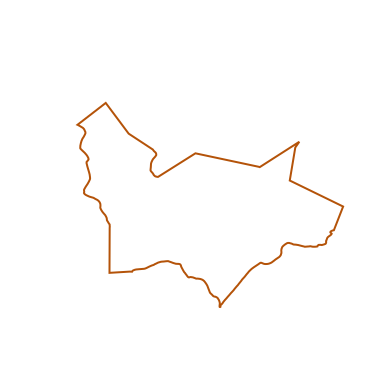 the district of Orocuina, Choluteca, Honduras, rotated 141°
{"feature_id": "27666195B30737546448878", "entity_name": "Orocuina", "entity_type": "district", "adm_level": 2, "iso_a3": "HND", "parent_name": "Honduras", "parent_adm1": "Choluteca", "projection": "orthographic", "projection_center": [-87.128, 13.486], "detail": "fine", "context": "isolated", "style": "outline", "palette": "amber", "viewbox_px": 384, "rotation_deg": 141, "n_neighbors": 0, "source": "geoboundaries", "source_scale": "gbopen_adm2", "svg_char_len": 5814}
<svg xmlns="http://www.w3.org/2000/svg" viewBox="0 0 384 384"><g transform="rotate(141 192 192)"><path d="M238.7,316.3L238.4,315.7L238.2,315.2L237.6,313.7L236.8,311.5L236.5,310.6L236.4,310.2L236.4,309.7L236.3,309.3L236.4,308.8L236.4,308.4L236.7,307.3L236.9,306.6L237.0,306.0L237.3,305.5L237.6,305.0L237.9,304.7L238.4,304.4L239.4,303.9L241.3,303.1L242.1,302.8L243.2,302.5L243.9,302.2L244.6,301.8L245.6,301.3L246.6,300.6L247.5,300.0L249.7,298.2L250.4,297.4L251.2,296.5L251.3,296.3L251.4,296.0L251.4,295.5L251.2,293.5L250.7,289.8L250.7,288.6L250.6,287.5L250.7,286.9L250.7,286.2L250.8,285.4L251.0,284.5L251.1,283.9L251.3,283.5L251.4,283.2L251.6,282.9L251.8,282.6L252.0,282.5L252.1,282.3L252.5,282.2L253.2,282.0L254.3,281.8L254.8,281.7L255.1,281.6L255.2,281.4L255.6,281.0L255.9,280.6L256.1,280.1L257.2,277.8L258.0,275.9L259.5,272.3L260.4,270.3L260.6,269.9L262.0,267.6L262.6,266.8L262.8,266.5L263.2,266.2L263.9,265.8L265.1,265.2L266.0,264.8L268.3,263.9L270.3,263.3L271.8,262.8L273.3,262.2L274.3,261.8L274.5,261.6L274.8,261.3L275.1,260.9L275.5,260.2L275.7,259.9L275.9,259.7L276.2,259.5L276.4,259.4L276.6,259.2L276.7,258.7L276.7,258.2L276.7,257.8L276.5,257.1L276.2,256.1L275.3,254.3L274.6,252.9L274.1,252.2L273.5,251.3L273.0,250.6L272.3,249.6L272.1,249.2L271.5,247.5L271.0,246.4L270.5,245.3L270.4,244.8L270.3,244.3L270.2,243.8L270.2,243.4L270.2,242.6L270.3,241.8L270.6,240.9L270.7,240.5L271.1,239.9L271.6,239.2L272.0,238.7L272.7,238.0L273.0,237.7L273.3,237.2L273.4,236.9L273.5,236.6L273.6,236.1L273.9,234.8L274.1,232.8L274.1,231.3L274.0,228.7L274.0,228.3L274.1,228.0L274.3,226.9L274.5,226.1L274.6,225.7L274.8,225.3L275.0,224.9L275.5,224.2L275.8,223.7L275.9,223.4L276.0,222.8L276.1,221.8L276.4,219.9L276.4,218.9L276.5,218.5L277.4,217.3L277.8,216.7L278.5,216.0L307.0,181.1L290.6,169.4L288.7,167.8L288.4,168.0L287.9,168.1L287.6,168.1L287.2,168.1L286.7,168.0L286.2,167.8L285.3,167.5L284.7,167.2L284.1,166.9L282.9,166.1L277.6,162.5L277.0,162.2L276.6,162.0L275.3,161.6L272.1,160.9L269.9,160.3L269.0,160.0L268.3,159.7L267.8,159.5L267.2,159.4L266.2,159.3L265.6,159.1L264.3,158.8L262.9,158.5L262.1,158.2L261.2,157.8L260.4,157.5L259.5,157.0L258.9,156.6L257.8,155.8L255.4,154.3L254.6,153.7L254.2,153.4L253.9,153.1L253.6,152.5L252.4,150.6L251.3,148.7L250.4,147.4L250.0,146.8L249.8,146.5L249.6,146.3L247.5,144.4L247.1,143.9L246.9,143.6L246.8,143.3L246.7,142.9L246.8,142.4L246.8,142.0L247.2,141.2L247.5,140.3L248.2,136.6L248.4,135.3L248.5,134.7L248.4,133.5L248.5,132.6L248.5,131.3L248.6,129.7L248.6,128.8L248.5,128.2L248.4,127.9L248.1,127.6L247.9,127.4L247.3,127.2L246.9,127.0L246.3,126.5L245.8,125.9L245.3,125.4L245.0,125.0L243.8,123.0L243.5,122.4L243.2,122.0L243.0,121.8L242.4,121.4L242.0,121.0L241.0,120.0L240.4,119.3L240.0,118.8L239.8,118.4L239.3,117.6L239.1,117.1L238.9,116.6L238.8,116.1L238.7,115.6L238.6,115.1L238.6,113.8L238.7,112.2L238.8,111.2L239.0,109.9L239.1,109.4L239.3,108.8L240.3,105.8L241.0,103.6L241.2,103.1L241.3,102.5L241.4,101.8L241.3,101.2L241.1,99.8L241.0,98.2L241.0,97.8L240.8,97.4L240.6,96.9L240.3,96.5L239.8,96.0L239.6,95.7L239.3,95.1L239.1,94.6L238.9,93.9L238.8,93.3L238.9,92.8L239.0,91.8L239.1,91.1L239.3,90.4L239.6,89.6L239.9,88.9L240.4,88.1L240.9,87.4L241.1,87.3L242.0,86.4L242.6,85.7L242.8,85.4L242.8,85.2L242.7,85.1L242.5,84.9L242.3,84.9L242.1,84.9L242.0,85.1L241.8,85.4L241.6,85.7L241.3,85.9L240.9,86.0L240.6,86.1L240.0,86.1L239.2,86.2L238.1,86.4L236.6,86.9L234.6,87.3L234.2,87.4L233.3,87.5L232.0,87.7L230.0,88.1L228.1,88.4L225.5,88.9L225.0,89.0L224.0,89.1L221.4,89.5L220.3,89.8L219.4,90.0L216.8,90.5L214.8,90.8L213.3,91.2L211.8,91.5L209.5,92.0L208.9,92.2L208.2,92.4L207.6,92.5L204.3,93.0L201.3,93.7L199.5,94.0L197.8,94.4L194.5,94.7L193.6,94.7L191.3,94.6L188.1,94.3L186.0,94.1L184.2,94.0L183.5,93.9L183.2,93.8L183.1,93.7L182.9,93.6L182.5,93.1L182.2,92.5L181.7,91.6L181.3,90.9L180.6,90.1L179.9,89.5L179.1,88.9L178.6,88.6L178.1,88.3L177.3,87.9L176.1,87.5L174.9,87.2L174.2,87.1L173.8,87.1L171.5,87.0L169.6,87.0L164.9,86.6L164.5,86.7L163.9,86.8L163.4,86.9L163.0,87.0L162.6,87.2L161.9,87.7L161.2,88.1L160.6,88.7L160.2,89.2L159.6,90.1L159.1,90.7L158.7,91.0L158.3,91.4L157.8,91.7L157.1,92.1L156.6,92.4L156.2,92.5L155.8,92.6L154.6,92.7L153.9,92.7L152.9,92.7L151.8,92.6L150.9,92.5L150.3,92.4L149.9,92.2L149.6,92.1L149.3,91.9L149.0,91.6L148.7,91.4L148.4,91.1L148.1,90.6L147.2,89.4L146.8,88.7L146.4,87.8L146.2,87.4L145.7,86.9L145.0,86.2L144.6,85.9L142.8,83.9L140.6,80.9L139.2,79.1L138.9,78.6L138.7,78.4L136.5,76.9L135.5,76.2L134.7,75.7L134.4,75.6L133.9,75.1L133.2,74.2L132.5,73.4L131.9,72.9L131.2,72.3L129.9,71.4L128.8,70.8L128.5,71.0L128.2,71.1L127.6,71.2L127.2,71.2L126.9,71.2L126.2,70.7L125.8,70.4L125.3,70.0L124.7,69.3L124.5,69.1L124.3,69.0L123.6,68.7L122.2,68.1L121.2,67.8L120.9,67.7L120.7,67.8L120.3,67.9L120.0,68.0L119.8,68.1L119.6,68.3L119.4,68.5L119.2,68.7L118.9,69.2L118.7,69.5L118.4,69.6L116.9,70.5L115.9,71.1L115.4,71.3L114.9,71.4L114.1,71.4L113.5,71.4L112.0,71.3L111.0,71.3L110.4,71.4L110.1,71.5L109.7,71.7L109.7,71.8L109.7,72.1L109.8,72.5L109.8,72.8L109.9,73.5L109.5,73.9L109.1,74.0L108.7,74.0L108.0,73.9L106.7,73.5L106.4,73.3L105.8,73.0L83.7,85.6L108.8,139.4L83.7,161.6L77.0,163.5L123.7,168.7L124.2,169.5L165.0,219.9L208.8,225.1L209.4,225.6L209.9,226.2L210.4,226.9L210.6,227.1L210.7,227.4L210.8,227.7L210.9,228.1L210.9,228.5L211.0,229.1L211.0,229.5L210.9,229.8L210.8,230.2L210.8,230.5L210.7,231.2L210.7,232.1L210.8,233.2L210.8,233.8L210.7,234.7L210.6,234.9L209.9,235.7L208.3,237.3L207.3,238.4L206.4,239.4L205.9,239.9L205.6,240.1L204.7,240.7L203.5,241.3L202.8,241.6L202.0,242.0L201.5,242.1L201.0,242.2L199.8,242.4L198.5,242.6L197.4,242.9L196.7,243.1L196.5,243.3L196.3,243.5L196.1,243.8L195.9,244.1L195.6,244.7L195.6,245.0L195.5,245.4L195.5,245.8L195.6,246.4L195.8,247.7L195.8,248.1L195.8,248.8L195.7,249.6L204.5,277.2L203.0,315.5L238.7,316.3Z" fill="none" stroke="#b45309" stroke-width="2"/></g></svg>